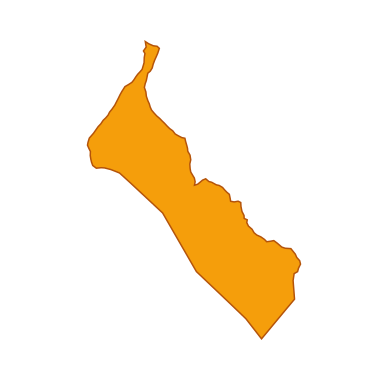 outline of Algodão de Jandaíra, Paraíba, Brazil, rotated 261°
{"feature_id": "56859067B49071787893011", "entity_name": "Algodão de Jandaíra", "entity_type": "district", "adm_level": 2, "iso_a3": "BRA", "parent_name": "Brazil", "parent_adm1": "Paraíba", "projection": "albers", "projection_center": [-35.92, -6.887], "detail": "fine", "context": "isolated", "style": "filled", "palette": "amber", "viewbox_px": 384, "rotation_deg": 261, "n_neighbors": 0, "source": "geoboundaries", "source_scale": "gbopen_adm2", "svg_char_len": 1894}
<svg xmlns="http://www.w3.org/2000/svg" viewBox="0 0 384 384"><g transform="rotate(261 192 192)"><path d="M338.9,166.1L336.1,167.2L332.4,165.9L327.2,164.9L323.6,163.2L320.9,161.9L318.8,159.4L316.8,156.8L314.6,154.6L311.7,152.0L309.7,149.8L308.1,146.2L306.6,142.3L302.3,138.5L299.4,136.2L296.1,133.9L292.3,131.1L289.8,129.3L286.3,125.9L283.8,123.1L281.0,121.1L278.7,118.4L276.7,115.5L273.5,112.5L271.3,109.6L268.3,106.7L265.5,104.0L261.3,99.0L257.4,97.1L254.6,96.1L251.4,96.9L247.9,98.0L243.9,97.2L240.2,97.2L237.3,97.4L233.7,98.1L230.5,101.2L230.2,106.1L229.5,109.3L226.9,115.3L224.5,119.4L222.1,123.4L210.5,132.7L175.9,159.7L124.2,179.5L112.7,183.9L77.0,211.3L58.4,225.4L36.1,237.7L61.4,266.5L70.1,276.5L88.7,278.0L95.4,280.1L96.8,283.8L100.1,285.3L103.8,287.9L107.3,287.6L111.0,285.2L114.5,284.3L117.1,282.8L120.6,280.8L121.9,275.2L123.6,272.0L128.0,268.3L131.2,265.2L131.1,261.8L131.2,258.0L133.8,256.2L136.9,253.0L139.4,249.2L142.1,246.9L145.8,245.5L149.5,242.4L153.2,241.3L155.9,242.2L157.7,239.4L160.7,239.7L165.0,238.3L170.0,238.1L174.0,238.5L175.7,236.1L175.6,232.1L176.8,228.7L179.8,228.7L183.9,228.5L186.3,226.4L188.9,224.6L191.7,222.9L194.2,219.9L195.3,217.1L198.5,213.0L199.7,210.3L202.9,207.6L202.1,204.3L200.5,201.7L198.8,198.8L198.3,195.5L201.6,196.7L205.4,196.5L208.1,195.4L211.9,193.9L215.4,193.8L220.0,194.2L224.0,195.8L228.7,195.8L232.9,194.2L235.9,194.4L238.9,194.1L243.0,193.6L246.2,193.4L247.3,190.5L249.7,187.2L251.9,184.5L255.5,182.5L258.1,179.9L260.9,177.8L263.9,175.8L266.7,173.7L269.7,171.6L272.7,169.0L276.2,166.7L279.2,164.9L282.5,164.0L285.8,163.6L289.0,162.7L293.7,161.9L298.1,162.1L302.7,161.3L306.3,162.7L309.2,164.3L312.7,165.6L316.2,166.9L317.9,169.7L320.7,172.1L324.4,173.7L328.3,175.9L331.0,177.7L334.3,179.8L339.0,182.2L341.4,180.3L342.5,176.6L345.2,172.4L347.9,169.4L342.3,169.4L338.9,166.1Z" fill="#f59e0b" stroke="#b45309" stroke-width="1.5"/></g></svg>